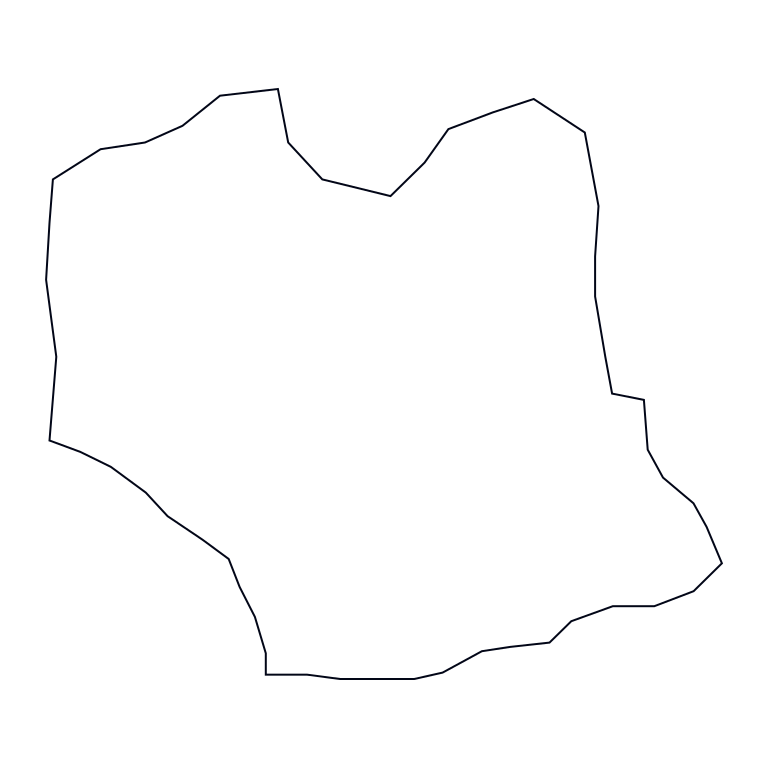 Livadia Ammochostou, Cyprus (Robinson projection)
{"feature_id": "46923920B52729899789511", "entity_name": "Livadia Ammochostou", "entity_type": "district", "adm_level": 2, "iso_a3": "CYP", "parent_name": "Cyprus", "parent_adm1": "", "projection": "robinson", "projection_center": [34.038, 35.398], "detail": "fine", "context": "isolated", "style": "outline", "palette": "ink", "viewbox_px": 768, "rotation_deg": 0, "n_neighbors": 0, "source": "geoboundaries", "source_scale": "gbopen_adm2", "svg_char_len": 741}
<svg xmlns="http://www.w3.org/2000/svg" viewBox="0 0 768 768"><path d="M49.5,440.5L80.3,451.9L110.9,466.9L145.8,492.6L167.6,516.2L202.5,539.7L228.7,559.0L239.6,586.9L254.9,616.9L265.8,653.3L265.8,674.7L307.3,674.7L340.0,679.0L374.9,679.0L414.2,679.0L442.6,672.6L481.9,651.2L510.2,646.9L549.5,642.6L571.3,621.2L612.8,606.2L654.3,606.2L693.6,591.2L721.9,563.3L706.6,526.9L693.5,503.3L663.0,477.6L647.7,449.7L643.9,399.9L612.1,393.6L605.3,356.8L595.1,296.5L595.1,256.4L598.5,206.1L584.8,132.5L533.7,99.0L492.8,112.4L448.4,129.1L424.6,162.6L390.5,196.1L322.3,179.4L288.2,142.5L277.9,89.0L220.0,95.7L182.5,125.8L145.0,142.5L100.6,149.2L52.9,179.4L49.5,222.9L46.1,279.8L56.3,356.8L49.5,440.5Z" fill="none" stroke="#020617" stroke-width="2"/></svg>